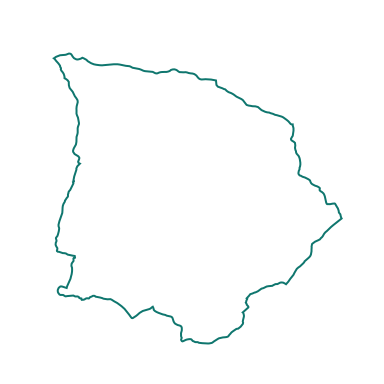 outline of Socorro, Santander, Colombia, rotated 83°
{"feature_id": "7082276B29346978372960", "entity_name": "Socorro", "entity_type": "district", "adm_level": 2, "iso_a3": "COL", "parent_name": "Colombia", "parent_adm1": "Santander", "projection": "robinson", "projection_center": [-73.239, 6.466], "detail": "fine", "context": "isolated", "style": "outline", "palette": "teal", "viewbox_px": 384, "rotation_deg": 83, "n_neighbors": 0, "source": "geoboundaries", "source_scale": "gbopen_adm2", "svg_char_len": 5950}
<svg xmlns="http://www.w3.org/2000/svg" viewBox="0 0 384 384"><g transform="rotate(83 192 192)"><path d="M137.2,83.8L137.1,84.8L136.5,85.8L133.6,87.7L131.9,89.3L129.1,92.3L128.1,93.8L127.2,95.9L126.1,98.4L125.5,100.2L124.3,102.1L123.3,104.5L122.6,105.6L122.1,107.7L121.3,109.6L119.2,113.0L115.7,116.2L114.7,118.7L114.2,121.7L113.7,123.1L113.1,125.3L112.2,127.2L111.4,127.7L107.0,130.3L105.8,131.6L102.8,136.2L100.2,138.9L99.3,140.1L98.6,141.1L97.3,143.6L95.7,145.4L94.8,146.0L94.0,146.8L93.8,147.6L92.7,149.3L90.6,153.5L88.7,154.7L84.2,154.6L82.7,159.4L81.7,164.8L81.5,168.8L81.0,170.2L80.4,171.1L79.2,172.1L77.0,173.4L76.1,174.3L75.2,175.4L74.5,177.0L74.1,178.8L73.5,180.8L72.8,182.2L72.3,183.7L72.2,185.6L71.5,189.7L70.8,190.7L69.2,192.3L68.6,193.3L68.1,194.6L68.0,196.2L68.3,198.0L69.2,199.4L69.6,201.2L69.7,202.8L69.4,205.5L69.2,208.0L69.4,209.8L70.0,211.9L70.0,212.7L69.6,214.0L68.0,216.3L66.3,224.0L65.7,225.5L64.3,227.8L63.5,229.4L61.7,235.0L61.4,235.9L60.0,237.8L59.5,238.8L58.7,242.3L56.7,248.2L56.1,250.5L55.7,253.8L55.3,265.9L54.9,268.2L54.0,271.7L53.3,273.8L51.9,276.4L49.4,279.6L48.0,280.6L46.1,283.2L45.4,284.5L46.1,286.1L46.5,288.3L46.5,289.9L46.0,291.1L44.8,292.8L43.1,293.9L40.9,294.9L40.2,295.5L39.7,296.5L39.6,297.4L40.3,300.1L40.4,301.2L40.2,306.3L41.2,310.2L41.6,311.2L42.2,312.0L42.5,312.8L43.5,311.9L45.0,311.1L48.0,309.0L49.6,308.1L50.6,307.6L51.6,307.6L53.0,307.0L53.5,307.0L54.3,307.3L55.6,306.9L57.5,305.7L59.0,305.0L60.9,304.6L62.6,304.5L63.2,304.7L63.5,304.7L64.6,303.2L66.0,301.8L67.7,300.9L71.0,301.2L73.7,300.8L74.8,300.2L78.0,298.2L82.7,296.6L84.6,295.5L86.5,294.6L87.6,294.4L89.0,294.5L92.8,296.0L95.0,296.5L97.2,296.7L100.2,297.1L101.9,296.8L104.3,296.1L109.7,295.8L110.7,295.9L113.3,297.2L114.7,297.7L119.0,298.2L120.4,298.6L123.3,299.9L128.1,300.6L130.7,301.4L134.4,304.1L136.4,305.0L137.6,305.1L140.0,303.9L142.7,300.5L144.1,299.7L145.1,299.8L148.0,301.3L149.0,301.2L149.7,300.6L150.2,299.8L152.5,302.7L154.5,303.9L155.7,304.0L162.2,307.0L166.2,308.3L166.4,307.9L166.8,307.8L167.3,308.0L167.7,308.5L167.8,308.9L169.1,308.7L175.2,312.7L175.8,313.5L177.1,314.6L178.1,314.8L179.2,315.4L181.0,315.6L181.6,315.9L182.8,317.2L184.2,318.3L185.0,319.1L186.1,319.4L188.0,320.9L190.0,321.9L192.0,322.4L193.9,322.7L197.0,323.3L204.9,327.2L208.3,328.5L209.9,328.6L211.2,328.3L212.2,328.3L214.7,329.0L217.5,330.1L219.2,330.9L220.8,332.5L221.3,332.7L223.7,332.4L224.5,332.6L225.8,333.4L227.8,333.8L229.3,333.4L231.3,332.5L232.2,332.6L233.5,333.2L234.2,333.2L234.9,332.5L235.2,331.2L236.9,327.7L237.1,326.4L237.6,324.7L239.0,323.0L240.7,318.0L241.2,316.2L242.8,316.1L243.1,316.3L243.1,317.4L243.6,317.8L245.4,317.9L246.0,318.0L247.7,319.6L248.5,320.2L249.7,320.5L250.7,320.7L252.6,320.3L254.8,320.5L256.5,320.8L259.0,321.5L260.9,322.3L263.3,323.2L270.3,327.4L272.0,328.1L270.1,332.2L269.7,333.5L269.8,334.3L270.8,335.9L272.5,337.0L273.6,337.3L274.9,337.3L275.9,337.0L277.6,336.0L278.1,335.2L278.5,332.5L280.0,330.6L280.2,330.0L280.1,328.8L280.3,322.5L280.5,322.0L280.9,321.6L281.5,320.5L281.8,318.1L282.5,317.2L282.8,316.9L283.4,316.8L283.7,316.4L284.2,314.8L285.2,314.8L285.6,314.6L285.7,312.8L285.5,311.7L284.9,310.6L284.7,309.7L284.7,309.0L285.1,307.5L285.0,307.1L284.0,306.1L283.5,304.2L283.0,303.0L283.1,301.7L283.4,301.1L284.1,300.5L285.6,295.9L286.4,294.0L287.1,292.9L288.2,289.0L288.4,286.1L289.0,285.0L291.0,282.6L293.1,279.7L296.7,275.9L299.8,273.2L306.1,269.3L308.7,267.9L309.7,267.2L309.9,266.7L309.9,266.1L308.3,262.8L307.4,261.3L305.6,258.7L304.1,255.4L303.0,248.7L302.6,247.4L301.3,245.4L301.1,244.9L302.7,244.4L304.3,244.3L305.4,243.5L306.7,241.9L307.9,239.9L309.9,236.0L310.8,233.4L311.6,232.3L312.0,231.2L313.0,228.3L313.5,227.5L314.2,226.9L315.2,226.6L318.4,226.0L319.7,225.4L320.4,225.0L321.3,223.9L322.3,222.4L322.8,221.1L323.5,219.7L324.3,219.0L325.5,218.7L326.6,218.8L328.1,219.0L330.8,220.1L333.6,220.4L334.6,220.3L335.2,220.0L335.8,220.1L337.1,220.8L337.9,220.7L338.8,220.2L339.1,219.6L338.9,218.7L338.1,216.4L337.8,215.0L337.7,212.9L337.8,211.7L338.2,210.6L339.2,209.9L339.9,209.5L340.3,208.7L341.3,207.2L341.5,206.5L341.6,205.2L341.9,204.3L342.5,203.5L343.3,200.2L344.3,194.6L344.4,193.3L344.2,190.8L343.9,190.0L342.9,188.3L340.9,184.1L340.5,183.1L340.4,182.2L340.1,179.1L340.2,176.0L340.1,174.8L339.7,173.6L338.5,172.5L337.3,171.1L336.2,170.0L335.0,167.9L333.4,164.8L333.2,163.8L333.3,162.9L331.6,160.1L329.1,157.6L327.9,157.2L326.8,157.4L325.2,156.9L322.1,155.7L320.8,155.5L318.9,155.7L318.0,156.0L317.7,156.3L313.5,150.2L313.1,150.0L312.5,150.1L310.5,151.4L309.9,151.4L308.3,152.1L307.6,151.6L306.5,151.3L304.8,150.2L304.2,150.7L301.9,148.0L300.5,146.6L300.1,144.3L299.4,142.1L299.4,141.3L298.6,138.8L296.4,134.8L296.1,132.8L294.9,129.4L294.8,127.7L294.9,123.7L294.4,122.7L293.6,120.4L293.8,118.4L292.7,115.5L292.7,114.0L293.1,112.5L294.1,111.0L295.0,109.9L292.8,107.4L290.1,105.0L286.6,101.4L284.6,100.1L281.1,97.4L279.9,95.7L279.0,93.9L276.5,90.5L275.4,89.2L274.6,88.8L271.7,84.5L270.8,83.3L269.9,82.4L268.6,81.6L265.4,80.6L263.1,80.3L261.9,80.0L260.9,80.0L258.3,79.2L257.9,78.7L256.3,75.9L255.3,72.7L254.6,70.8L253.5,69.7L252.7,68.5L251.8,67.6L249.5,65.9L248.2,64.5L247.2,62.9L243.7,58.3L242.0,55.7L236.5,46.7L235.5,47.1L234.3,47.3L232.2,47.5L230.3,48.7L228.6,48.7L226.1,49.2L224.4,50.0L221.3,51.3L220.8,51.8L220.7,53.8L220.9,56.5L220.5,59.3L220.1,59.7L218.9,60.1L212.5,60.7L210.5,61.2L209.4,61.7L207.9,63.0L206.9,64.3L206.0,65.0L205.5,65.1L204.2,64.7L203.7,64.7L202.7,65.6L201.7,67.0L200.6,69.3L198.9,71.7L197.9,72.6L196.0,73.3L195.1,73.4L194.5,73.8L193.4,75.1L191.4,78.1L190.3,80.5L189.2,81.9L188.6,83.2L187.4,83.9L186.8,84.1L185.9,84.0L184.0,83.4L182.6,82.5L181.1,82.3L179.7,81.6L177.9,81.1L176.0,80.9L172.6,81.0L171.2,81.2L169.4,81.7L166.5,83.6L165.0,83.9L164.2,83.8L163.0,84.2L160.8,84.4L158.4,83.8L155.8,83.8L154.7,84.7L152.9,86.9L152.0,87.3L151.3,87.3L149.6,86.1L149.0,85.5L148.3,85.1L143.6,83.8L141.0,83.5L138.0,83.9L137.2,83.8Z" fill="none" stroke="#0f766e" stroke-width="2"/></g></svg>